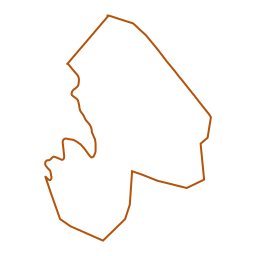 Chatin, Anse-la-Raye, Saint Lucia (orthographic projection)
{"feature_id": "8701671B98746614638816", "entity_name": "Chatin", "entity_type": "district", "adm_level": 2, "iso_a3": "LCA", "parent_name": "Saint Lucia", "parent_adm1": "Anse-la-Raye", "projection": "orthographic", "projection_center": [-61.041, 13.919], "detail": "fine", "context": "isolated", "style": "outline", "palette": "amber", "viewbox_px": 256, "rotation_deg": 0, "n_neighbors": 0, "source": "geoboundaries", "source_scale": "gbopen_adm2", "svg_char_len": 2858}
<svg xmlns="http://www.w3.org/2000/svg" viewBox="0 0 256 256"><path d="M134.9,25.0L133.1,23.4L125.3,20.9L119.3,19.0L111.5,16.4L109.6,15.9L109.4,15.8L106.6,15.4L107.3,15.6L108.3,15.9L67.4,63.8L68.3,64.3L69.3,65.4L69.7,65.9L70.7,67.1L71.6,68.2L72.3,69.1L73.3,70.3L74.4,71.6L75.3,72.6L76.4,73.8L77.1,74.7L77.8,75.7L78.4,76.8L78.7,78.0L78.8,78.6L78.9,79.2L78.9,80.3L78.9,81.0L78.7,82.6L78.5,84.1L78.4,84.9L77.8,86.0L77.0,87.0L76.5,87.4L75.5,88.3L74.1,89.3L73.5,89.8L72.9,90.4L72.4,91.1L72.1,91.7L71.9,92.4L71.8,92.7L71.6,93.5L71.6,94.2L71.7,94.6L72.0,95.2L72.8,95.9L73.6,96.6L74.6,97.2L75.2,97.7L76.0,98.3L76.7,98.8L77.1,99.2L77.6,100.0L78.0,100.6L78.3,101.8L78.5,102.5L78.7,103.5L79.0,104.7L79.3,106.6L79.5,108.1L79.8,109.2L80.0,110.2L80.3,110.8L80.8,111.7L81.2,112.3L81.7,112.9L82.2,113.5L82.8,114.3L83.3,115.2L83.9,116.1L84.2,116.8L84.5,117.4L84.9,118.3L85.2,119.0L85.5,119.6L86.0,120.3L86.6,121.0L87.9,122.5L88.6,123.3L89.4,124.3L90.0,125.1L90.2,125.6L90.7,126.4L90.9,127.1L91.2,127.8L91.4,128.5L91.5,129.0L91.7,130.0L91.8,130.9L91.8,131.6L92.0,132.5L92.5,133.5L92.7,134.0L93.5,135.9L94.3,137.9L94.7,138.6L95.0,139.3L95.2,140.7L95.3,141.5L95.4,142.0L95.5,142.5L95.5,143.2L95.6,144.0L95.6,144.9L95.6,145.5L95.6,146.2L95.6,146.9L95.6,147.8L95.6,148.5L95.6,148.9L95.6,149.4L95.6,150.1L95.5,150.9L95.5,151.8L95.3,152.6L95.0,153.4L94.6,154.3L94.3,155.0L93.9,155.8L93.6,156.4L93.1,156.8L92.6,157.2L92.2,157.3L91.5,157.4L90.8,157.0L90.0,156.2L88.3,154.0L86.5,151.5L85.1,149.6L83.8,147.9L82.2,146.1L81.2,145.0L80.1,144.0L78.9,143.2L77.2,141.9L74.1,140.2L73.2,139.9L72.2,139.6L69.5,139.3L68.3,139.0L65.7,138.5L64.9,138.7L64.3,138.9L63.5,139.7L63.2,140.2L62.9,140.8L62.8,141.3L62.7,141.9L62.7,142.7L62.8,143.4L64.1,155.3L64.2,156.2L64.1,157.1L64.0,157.9L63.8,158.6L63.6,158.9L63.2,159.3L62.8,159.6L62.2,159.8L61.5,159.7L60.7,159.3L59.7,158.9L58.2,158.2L56.4,157.5L55.6,157.2L54.8,156.9L54.1,156.7L53.5,156.7L52.9,157.0L52.5,157.3L51.7,158.1L51.2,158.5L50.6,159.3L49.9,159.8L49.4,160.1L48.7,160.2L48.1,160.3L47.0,160.3L46.4,160.8L45.8,161.4L45.4,162.2L45.2,162.9L45.1,163.6L45.3,164.6L45.6,165.3L45.9,165.9L46.4,166.5L46.9,167.2L47.5,167.9L48.0,168.4L48.5,169.0L49.2,169.6L49.6,170.1L50.1,170.8L50.3,171.3L50.5,172.0L50.7,172.6L50.8,173.5L50.9,174.3L51.0,175.1L51.2,175.9L51.4,176.5L51.5,177.3L51.4,177.9L51.3,178.7L51.1,179.0L50.9,179.4L50.7,179.5L50.2,180.0L49.7,180.1L49.1,179.9L48.5,179.6L47.9,179.1L47.4,178.7L47.0,178.2L46.5,177.7L46.0,177.1L45.2,176.2L50.8,192.8L60.1,219.1L70.5,226.3L103.0,240.6L125.1,219.1L129.8,204.7L132.1,171.2L142.5,174.8L157.6,180.8L186.7,188.0L204.1,179.6L200.6,143.7L207.6,137.7L210.9,117.2L209.5,114.9L208.2,113.2L199.0,101.6L194.3,95.5L193.9,95.1L187.3,86.8L180.7,78.5L180.2,78.1L178.0,75.2L175.6,72.1L166.7,61.3L163.8,57.5L158.0,49.9L154.0,45.0L145.7,35.0L140.3,30.1L134.9,25.0Z" fill="none" stroke="#b45309" stroke-width="2"/></svg>